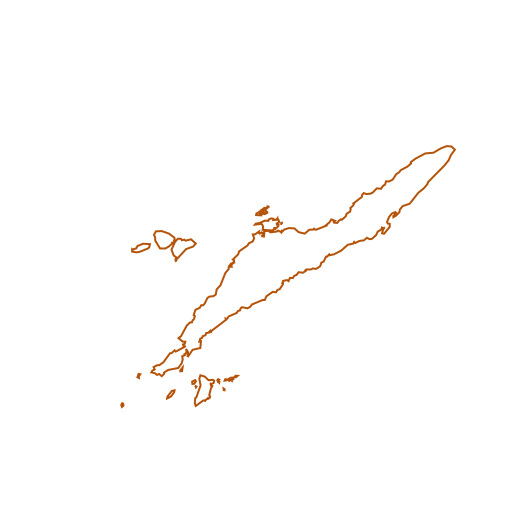 outline of Cebu, Cebu, Philippines, rotated 214°
{"feature_id": "2640588B97548260432831", "entity_name": "Cebu", "entity_type": "district", "adm_level": 2, "iso_a3": "PHL", "parent_name": "Philippines", "parent_adm1": "Cebu", "projection": "robinson", "projection_center": [123.887, 10.469], "detail": "fine", "context": "isolated", "style": "outline", "palette": "amber", "viewbox_px": 512, "rotation_deg": 214, "n_neighbors": 0, "source": "geoboundaries", "source_scale": "gbopen_adm2", "svg_char_len": 6131}
<svg xmlns="http://www.w3.org/2000/svg" viewBox="0 0 512 512"><g transform="rotate(214 256 256)"><path d="M277.7,101.0L274.1,102.3L271.5,102.1L270.4,104.0L266.9,103.7L266.3,107.0L267.0,107.9L265.2,112.3L257.8,119.7L257.6,125.5L258.9,129.2L261.1,131.7L259.6,133.9L260.4,134.6L259.7,135.5L260.1,137.9L262.0,139.9L258.5,138.2L256.8,134.9L256.1,134.9L256.1,142.8L250.7,148.6L254.0,154.6L255.1,153.4L256.0,156.3L254.9,158.1L255.4,159.6L253.6,162.1L254.2,164.3L252.7,165.5L252.2,167.9L251.7,167.1L251.4,167.0L250.7,168.1L251.0,169.1L245.3,186.0L246.2,187.1L245.0,187.1L244.8,190.7L240.1,198.1L240.3,200.2L238.9,201.8L239.5,204.1L239.0,205.7L233.8,207.9L232.4,210.7L232.3,213.5L225.9,223.2L224.1,224.5L224.9,228.3L222.1,235.6L219.1,237.1L219.2,239.9L217.8,241.7L217.8,247.3L218.4,248.6L219.0,248.3L219.6,250.6L216.8,253.4L215.0,253.4L215.6,256.8L213.1,258.3L213.2,261.1L211.9,262.7L211.6,266.4L207.7,268.4L206.4,271.6L207.1,271.9L206.7,273.0L202.9,275.6L201.9,277.5L199.2,278.7L198.2,280.5L197.1,283.5L198.1,287.1L196.8,289.0L197.6,294.7L196.7,295.2L196.2,298.3L195.4,297.8L192.4,300.9L188.4,308.0L186.2,316.6L182.3,320.7L182.5,322.6L181.0,322.3L178.6,326.4L175.3,329.3L174.2,333.2L171.3,333.4L169.5,335.0L168.1,340.6L168.7,344.2L166.9,348.2L167.5,350.0L165.7,350.1L165.3,351.9L165.5,349.3L164.2,345.3L162.3,346.0L161.4,354.8L163.1,357.4L165.0,356.6L166.4,357.5L167.5,362.8L167.1,367.3L165.0,370.4L162.2,369.5L161.6,372.5L162.7,374.7L162.3,379.4L157.8,385.3L156.8,399.1L154.7,406.0L154.1,411.5L154.7,413.5L150.4,436.2L149.8,443.3L150.8,448.3L150.6,455.4L155.2,456.1L159.4,453.7L163.1,448.3L166.6,440.9L173.1,435.6L178.1,426.1L180.2,420.4L179.2,419.4L180.4,414.9L184.0,408.1L184.1,405.5L185.5,402.4L185.4,395.7L187.5,392.1L190.0,390.6L188.9,387.5L190.0,385.0L189.9,381.7L193.7,379.6L194.7,373.9L196.2,371.4L199.1,369.1L201.9,368.4L202.2,366.1L201.3,364.1L204.6,354.3L204.0,354.4L203.7,352.1L204.6,348.5L203.6,347.6L202.8,345.4L204.5,341.8L203.8,339.0L205.1,334.0L206.1,333.9L207.0,331.8L207.1,328.9L209.9,327.3L210.9,328.0L210.3,329.3L214.0,328.5L213.9,325.0L215.2,320.6L214.6,321.0L214.4,320.8L221.1,311.1L223.2,311.1L223.3,309.9L226.5,307.6L228.1,301.8L234.1,299.6L239.5,300.4L244.3,297.6L247.4,293.7L248.0,289.9L248.8,290.7L248.9,289.8L252.0,289.4L252.4,287.9L257.3,283.7L260.0,283.8L262.1,281.9L263.1,279.7L261.7,279.3L260.3,276.6L261.6,275.9L262.2,276.6L262.5,275.1L262.1,278.5L264.8,278.5L265.1,277.5L265.5,278.3L265.3,277.3L267.0,276.6L267.3,277.6L268.9,273.4L270.7,272.1L267.4,269.6L266.9,266.2L269.0,262.6L268.9,260.0L272.6,250.4L271.7,247.4L273.2,240.1L272.0,240.3L270.9,239.0L272.0,238.9L270.9,238.6L271.0,237.3L271.3,237.3L271.7,236.8L271.4,236.2L272.5,235.5L272.2,235.1L271.3,236.3L271.2,237.2L270.9,237.3L271.7,235.1L270.1,233.5L272.3,232.2L272.5,234.7L272.6,231.9L271.4,230.0L271.9,224.7L269.1,211.9L269.9,206.3L267.8,201.5L268.8,199.0L272.0,196.2L272.8,193.9L271.9,187.9L272.3,185.5L273.8,184.7L273.7,181.5L276.1,177.6L274.6,172.1L273.0,171.9L272.1,168.6L272.6,167.3L272.0,165.2L273.5,164.1L274.5,159.7L273.3,147.6L274.3,144.6L269.0,144.0L266.7,145.4L266.0,143.3L267.6,141.1L266.6,141.8L265.2,140.6L264.6,141.4L264.2,141.2L268.6,132.7L269.4,131.8L270.7,132.3L271.7,128.2L272.9,127.3L273.3,116.1L275.1,111.5L277.0,110.0L278.8,106.7L276.6,105.3L277.8,103.1L277.7,101.0ZM339.8,208.6L335.5,211.4L333.7,214.8L332.3,220.0L332.6,220.3L332.7,220.1L332.9,220.2L331.0,222.2L329.6,214.0L324.5,210.4L319.7,210.3L317.8,222.7L313.4,228.7L312.9,232.7L319.2,233.5L323.0,229.3L324.5,229.5L326.3,227.6L327.8,228.3L330.5,226.6L331.0,222.2L332.6,223.1L332.3,223.8L334.0,225.6L340.7,225.9L348.2,223.9L352.8,220.4L352.4,216.4L350.1,215.1L348.1,212.4L339.8,208.6ZM219.5,123.9L220.9,124.2L220.7,124.0L220.6,123.3L222.0,124.4L220.1,127.0L221.0,129.3L222.7,129.1L225.9,126.5L231.0,127.4L235.4,126.0L234.4,122.6L229.6,117.8L226.4,105.4L226.9,104.3L224.4,99.7L222.1,98.0L218.9,106.8L217.4,107.4L218.2,108.4L217.3,107.9L216.4,111.3L215.8,110.9L215.1,112.4L215.5,113.9L217.0,114.6L219.3,120.9L219.5,123.9ZM274.4,281.4L269.9,285.4L268.5,285.6L266.4,284.2L265.1,281.4L257.6,285.8L256.6,286.7L257.0,287.3L256.4,286.9L256.3,287.0L256.1,289.3L255.5,289.0L254.3,288.8L256.2,289.5L254.7,290.8L254.2,293.2L254.9,294.7L256.2,293.7L257.0,294.4L255.8,297.3L258.1,298.8L258.8,298.0L259.3,298.8L259.3,297.8L259.8,298.9L259.2,297.6L261.8,295.4L262.4,296.6L264.4,295.7L265.9,293.3L265.4,292.0L268.4,290.3L271.4,285.4L274.3,282.7L274.4,281.4ZM361.6,192.9L360.8,193.2L361.8,192.6L361.8,191.9L362.2,192.0L361.2,190.4L357.1,192.2L354.6,194.6L349.7,202.0L349.4,203.7L350.6,206.5L356.5,203.0L359.8,198.1L359.6,195.2L361.6,192.9ZM278.8,290.0L274.9,292.3L276.4,293.0L276.3,293.8L275.4,293.8L275.6,292.6L275.2,294.1L273.9,292.7L275.1,294.1L273.1,295.3L273.1,295.5L273.3,295.5L273.7,295.6L272.1,295.7L270.4,299.0L272.5,296.8L271.8,298.8L274.4,299.1L274.9,297.4L273.9,296.3L275.4,296.2L275.1,298.4L276.2,299.8L277.9,295.2L277.3,295.8L277.2,295.7L279.4,291.5L278.8,290.0ZM250.0,88.2L247.9,92.0L247.7,97.3L248.4,99.1L250.3,97.1L250.8,90.0L250.0,88.2ZM237.2,114.4L235.7,115.6L235.7,118.5L237.1,119.1L238.7,116.1L237.2,114.4ZM208.4,137.5L208.1,138.8L206.4,139.0L207.1,139.6L205.8,141.1L206.5,142.6L209.0,140.9L210.4,137.6L208.4,137.5ZM254.3,118.1L252.9,119.2L254.5,122.5L254.8,118.7L254.3,118.1ZM282.7,55.9L282.2,57.8L283.6,59.3L284.6,59.1L284.4,57.1L282.7,55.9ZM163.8,365.0L162.5,367.8L164.1,368.5L164.5,365.9L163.8,365.0ZM285.8,93.2L287.4,92.6L286.5,89.2L284.8,89.4L286.0,91.1L285.8,93.2ZM206.3,143.6L204.8,144.2L204.2,146.4L205.9,145.4L206.3,143.6ZM212.3,135.1L211.2,136.0L210.9,137.6L212.6,136.6L212.3,135.1ZM217.5,130.8L217.3,132.9L218.4,132.8L218.6,131.3L217.5,130.8ZM276.0,300.3L275.1,298.5L274.1,300.4L275.0,300.5L274.8,301.2L276.0,300.3ZM216.8,129.5L216.7,130.6L215.6,130.3L215.9,131.1L217.0,130.9L216.8,129.5ZM274.3,303.6L273.6,301.9L273.0,303.6L272.4,304.2L274.3,303.6ZM319.7,207.1L319.6,208.1L321.3,209.4L320.4,207.4L319.7,207.1ZM207.7,126.8L207.0,127.1L207.6,128.0L208.8,128.0L207.7,126.8ZM232.3,113.4L232.3,114.5L233.2,114.4L233.1,113.9L232.3,113.4ZM252.9,295.9L252.9,297.9L253.1,298.1L253.5,297.7L252.9,295.9Z" fill="none" stroke="#b45309" stroke-width="2"/></g></svg>